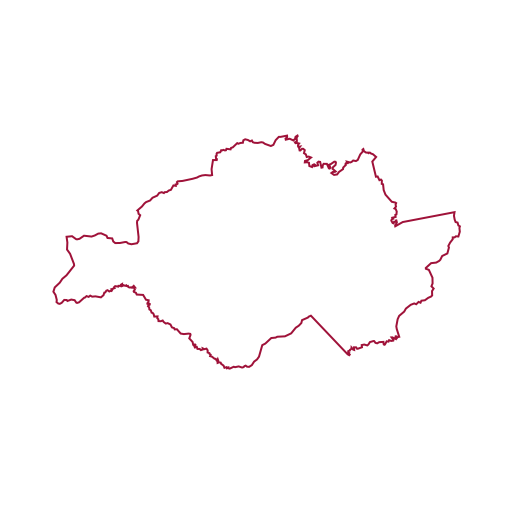 the district of Mueang Prachin Buri, Prachin Buri, Thailand, rotated 258°
{"feature_id": "78962969B52304698369920", "entity_name": "Mueang Prachin Buri", "entity_type": "district", "adm_level": 2, "iso_a3": "THA", "parent_name": "Thailand", "parent_adm1": "Prachin Buri", "projection": "natural_earth1", "projection_center": [101.383, 14.11], "detail": "fine", "context": "isolated", "style": "outline", "palette": "rose", "viewbox_px": 512, "rotation_deg": 258, "n_neighbors": 0, "source": "geoboundaries", "source_scale": "gbopen_adm2", "svg_char_len": 6126}
<svg xmlns="http://www.w3.org/2000/svg" viewBox="0 0 512 512"><g transform="rotate(258 256 256)"><path d="M218.7,443.7L224.2,446.5L225.8,446.2L228.8,448.7L231.5,451.9L233.3,452.3L232.9,454.1L233.7,455.6L233.0,458.0L237.4,460.4L241.1,460.8L242.6,461.6L243.8,460.3L246.8,460.1L247.7,458.3L250.3,457.9L254.2,458.0L257.6,459.3L258.7,406.6L256.1,398.4L256.7,398.4L259.6,400.8L261.6,400.7L261.6,400.2L260.4,399.6L260.8,398.2L259.3,397.4L259.9,396.5L262.5,395.7L263.7,396.5L263.9,397.9L265.1,397.4L265.2,400.7L267.2,400.8L267.5,402.0L270.2,402.9L272.9,402.4L273.7,401.3L275.2,403.2L277.2,403.2L278.6,404.1L279.3,403.4L280.8,400.1L289.1,395.4L293.9,394.6L299.7,395.2L300.4,394.0L303.6,394.8L304.8,394.1L304.5,392.5L308.5,391.5L308.6,389.8L324.2,389.4L327.9,394.1L331.3,391.5L332.3,389.8L333.3,389.1L333.7,388.0L333.2,387.5L334.0,386.5L334.3,385.1L336.1,383.4L338.3,383.2L337.9,382.3L336.1,382.3L333.7,379.1L328.8,375.5L328.1,373.5L329.2,370.9L328.1,369.0L327.9,367.5L329.4,364.5L327.8,364.8L328.0,363.1L327.3,362.6L326.4,362.8L324.4,359.7L322.9,359.2L321.0,354.7L318.9,352.3L319.1,349.2L321.5,347.0L322.2,348.5L321.9,350.8L322.1,351.5L325.4,349.0L326.8,349.7L328.5,352.7L330.6,353.6L331.6,353.4L332.0,352.2L330.4,348.4L330.1,346.5L326.9,347.2L326.2,346.2L326.6,345.5L331.4,344.5L332.1,341.3L330.6,340.0L328.8,339.5L328.8,338.4L334.7,338.3L335.3,336.8L334.5,335.4L331.8,335.6L331.7,331.6L332.5,331.4L333.2,332.4L333.6,332.0L333.2,330.2L331.4,329.3L332.9,326.9L336.2,327.2L337.1,325.5L337.4,323.2L338.8,323.7L339.0,326.6L340.9,330.3L342.3,328.2L342.3,326.2L345.0,325.9L346.6,324.3L349.4,325.7L351.0,324.5L351.3,323.3L350.0,321.3L350.2,320.6L352.7,320.6L353.9,321.9L354.0,320.1L354.9,319.9L356.2,320.4L357.1,321.5L358.0,319.7L358.1,318.2L358.8,317.8L359.9,319.9L363.3,320.3L364.6,321.7L365.2,321.6L364.4,319.5L362.2,318.4L361.8,317.2L361.1,316.8L363.7,313.3L363.6,309.3L364.7,309.3L365.8,311.2L367.3,311.4L367.4,304.9L367.8,303.1L365.2,299.3L361.1,296.1L360.5,293.4L363.8,288.1L365.6,286.4L366.2,284.8L366.2,281.2L367.1,278.0L368.0,276.5L369.8,276.0L369.4,274.1L371.1,272.3L372.4,269.7L371.8,267.7L369.5,266.7L369.8,264.5L369.5,262.0L370.3,261.1L367.1,255.9L366.9,254.1L365.6,253.3L367.0,249.4L365.7,248.6L365.7,247.6L366.6,246.1L366.3,244.6L366.7,244.0L364.9,242.6L365.0,239.4L364.2,238.7L362.4,238.4L362.0,237.4L359.7,237.2L358.9,237.9L358.0,237.5L358.8,233.9L350.2,230.6L344.3,229.9L344.3,227.8L345.7,223.3L346.0,220.0L345.7,217.0L345.0,214.6L344.7,209.9L344.7,199.8L345.3,194.9L344.7,194.0L343.0,194.3L342.6,193.6L342.7,192.3L341.3,192.1L342.2,189.9L338.4,186.5L338.2,184.3L337.1,182.2L337.4,179.9L336.7,179.0L338.0,177.1L337.8,174.4L335.6,171.9L334.5,166.9L332.3,163.9L331.6,159.7L330.6,157.8L328.1,154.7L325.2,149.4L324.5,150.0L321.7,149.9L320.0,151.2L316.0,148.5L315.1,147.1L313.2,146.5L299.0,145.1L294.8,144.0L293.2,142.3L293.4,136.6L294.8,133.6L296.5,132.3L296.9,131.0L297.0,125.8L297.9,121.0L299.9,119.4L303.1,119.0L304.5,114.5L306.9,114.0L310.4,109.2L310.7,106.3L309.6,102.6L309.2,99.2L311.6,92.0L309.5,86.9L309.5,84.4L309.9,83.5L313.6,80.2L314.2,74.7L308.4,74.3L301.6,72.5L296.8,74.6L286.0,76.3L284.4,76.1L276.5,66.6L274.0,61.9L270.7,58.5L267.1,52.6L263.2,50.4L259.6,51.8L254.4,52.0L252.4,51.3L250.6,52.7L250.0,54.1L250.6,56.2L252.9,59.3L252.3,61.7L251.2,62.2L251.8,66.2L250.5,69.4L247.8,70.5L247.3,71.2L247.5,73.3L250.9,79.2L250.9,80.0L252.0,81.9L250.8,83.8L251.7,85.6L250.3,87.3L249.9,90.6L247.8,95.7L249.4,98.7L251.7,100.0L251.7,101.0L253.2,102.4L253.4,103.7L251.8,105.1L252.2,106.7L251.8,107.4L252.9,108.4L253.6,107.9L254.0,111.0L255.0,110.7L255.8,112.0L254.7,114.9L255.4,115.3L254.9,117.2L256.0,117.9L256.4,119.1L254.4,118.5L254.5,119.5L255.2,120.1L254.0,121.9L254.3,123.0L253.5,123.3L253.4,124.5L252.1,124.7L251.3,126.2L251.4,127.3L250.6,128.3L249.9,128.4L251.3,128.8L252.2,130.2L250.4,131.1L250.6,130.0L248.3,130.5L247.0,129.0L246.3,129.1L245.0,130.9L243.1,131.3L241.4,137.5L236.1,139.3L235.0,141.8L233.5,141.3L233.0,140.4L231.9,139.8L231.4,140.4L231.6,141.5L231.2,142.1L230.5,141.9L230.0,140.4L229.3,139.9L228.1,140.8L225.9,140.6L224.8,141.8L222.3,142.1L221.8,143.1L220.4,143.8L217.9,143.9L217.4,147.1L215.7,146.5L214.5,147.3L212.6,147.1L212.0,149.3L212.3,151.3L210.6,152.0L208.7,153.7L208.7,155.6L206.8,158.1L203.7,158.9L202.4,161.0L201.1,161.2L200.8,163.4L195.8,166.2L194.6,169.2L194.1,174.0L193.5,175.5L192.5,175.6L189.3,173.6L185.1,176.1L182.1,176.1L181.6,176.6L182.2,177.9L181.8,178.3L180.8,178.1L180.3,177.0L179.2,177.2L179.3,179.2L177.3,179.4L176.8,181.6L175.4,182.5L175.6,184.5L176.8,184.6L175.6,186.1L175.7,188.3L173.8,189.1L171.7,188.6L170.7,190.2L169.9,190.2L168.9,191.1L167.6,190.3L166.7,192.0L164.1,194.1L163.8,195.2L162.1,195.7L162.2,196.5L163.0,197.1L161.5,197.3L160.8,196.4L159.4,196.2L159.7,197.9L159.0,199.3L157.9,199.4L155.5,201.5L153.2,201.9L153.4,204.1L152.3,204.2L152.7,205.8L151.9,205.7L151.3,206.9L152.3,211.2L151.6,212.4L151.6,216.1L149.8,219.2L149.9,220.8L150.7,221.8L150.9,223.1L149.6,224.2L149.0,226.2L150.1,229.2L153.1,232.2L154.6,235.5L156.9,238.0L167.5,243.6L168.4,246.9L172.6,253.9L172.1,258.2L172.6,260.0L171.4,267.6L173.0,274.3L177.6,280.0L178.9,283.3L181.0,286.4L183.7,287.7L185.0,294.0L185.7,294.9L186.2,297.3L140.8,325.2L139.6,326.6L140.1,327.2L141.6,326.4L141.9,326.8L142.4,326.2L143.7,326.4L144.0,328.1L144.6,328.3L145.4,330.1L146.5,330.4L144.3,331.5L143.7,332.5L146.3,332.8L145.8,335.0L144.3,335.5L144.1,336.2L144.7,340.7L146.9,340.9L146.9,343.4L145.4,346.3L146.2,347.7L148.1,349.5L148.4,353.2L148.2,353.9L146.2,354.8L145.4,356.4L146.1,358.6L145.5,362.8L143.4,362.5L142.5,363.0L142.6,363.7L145.4,366.1L144.7,367.8L146.0,368.7L144.8,370.6L144.7,372.7L145.4,373.0L148.2,371.7L148.1,372.4L146.2,374.9L148.4,375.9L148.2,376.6L146.2,376.5L147.2,377.8L147.2,379.3L155.3,378.5L158.0,378.6L164.7,381.4L167.7,383.6L170.8,389.4L173.4,391.7L176.1,397.2L176.7,400.9L175.5,402.7L177.3,405.5L176.1,407.2L177.9,408.5L177.6,412.0L179.3,415.8L179.9,418.7L180.8,420.1L185.1,420.9L187.2,423.0L189.9,421.3L192.4,423.0L198.1,424.1L206.5,422.2L208.2,419.5L209.0,419.6L212.6,425.8L212.1,430.9L213.1,434.1L214.0,435.5L217.3,438.1L218.7,443.7Z" fill="none" stroke="#9f1239" stroke-width="2"/></g></svg>